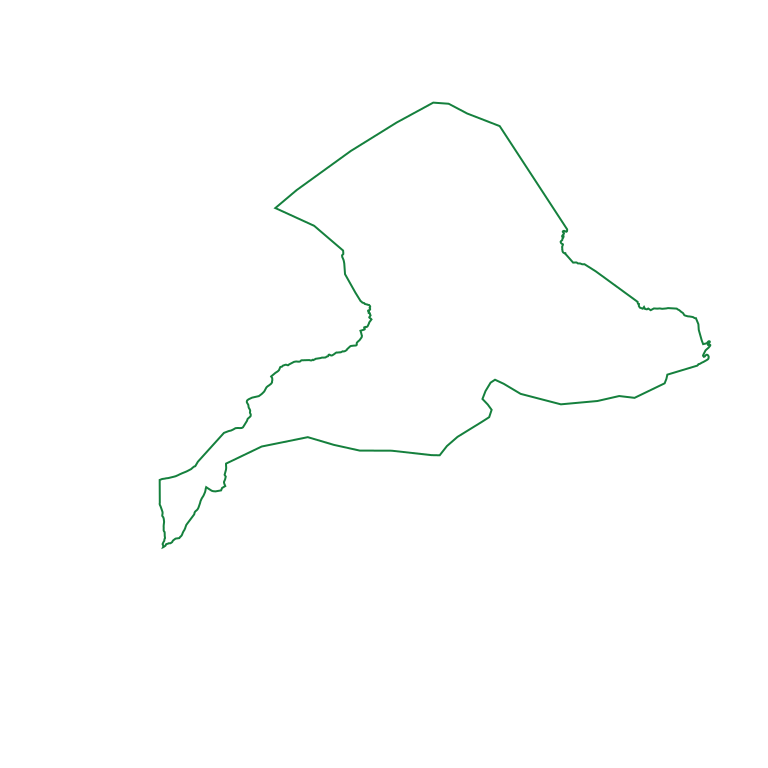 South Dayi, Volta, Ghana (Natural Earth projection), rotated 47°
{"feature_id": "2480657B27395942809935", "entity_name": "South Dayi", "entity_type": "district", "adm_level": 2, "iso_a3": "GHA", "parent_name": "Ghana", "parent_adm1": "Volta", "projection": "natural_earth1", "projection_center": [0.223, 6.546], "detail": "fine", "context": "isolated", "style": "outline", "palette": "green", "viewbox_px": 768, "rotation_deg": 47, "n_neighbors": 0, "source": "geoboundaries", "source_scale": "gbopen_adm2", "svg_char_len": 6129}
<svg xmlns="http://www.w3.org/2000/svg" viewBox="0 0 768 768"><g transform="rotate(47 384 384)"><path d="M578.0,118.8L577.7,118.8L577.5,119.1L577.4,119.7L577.0,120.1L576.7,120.4L576.2,120.3L575.9,120.0L575.6,119.6L575.4,119.1L575.5,119.0L575.7,118.3L575.5,117.1L575.3,116.9L574.9,116.8L574.5,117.0L574.2,117.4L574.1,117.9L574.3,120.3L572.5,123.4L568.8,121.9L559.1,116.9L554.7,113.3L548.6,111.0L548.3,111.4L547.6,111.9L546.0,112.3L544.9,113.0L542.6,114.8L541.8,115.6L539.3,117.1L538.8,117.3L538.2,117.4L536.5,117.0L535.6,117.0L534.2,117.4L531.4,117.7L529.8,118.3L528.5,118.5L522.2,124.5L521.2,126.1L518.7,129.3L516.8,130.8L515.3,132.7L512.8,135.1L511.9,138.6L509.0,139.3L508.7,140.8L507.1,141.9L505.0,141.3L505.4,143.4L502.6,144.8L500.7,144.4L499.4,143.0L498.6,143.5L497.4,143.0L496.9,142.5L446.0,152.3L433.1,155.7L432.3,156.7L431.6,157.4L429.7,158.3L428.0,160.0L426.7,160.2L426.1,160.6L424.2,162.9L413.8,162.6L412.7,162.7L412.3,162.2L412.0,162.1L411.4,162.8L410.9,163.0L410.3,163.2L409.7,163.2L408.9,163.0L408.2,162.6L407.6,162.0L407.1,161.9L406.7,161.5L406.4,161.1L405.8,160.6L405.3,160.4L405.1,160.1L404.4,158.6L404.2,158.4L404.0,158.0L403.5,157.9L403.0,158.2L402.2,158.4L401.4,158.3L400.5,157.9L400.2,156.8L400.3,156.2L400.3,155.5L399.8,154.9L399.3,154.1L399.4,153.9L399.3,153.5L398.8,152.3L398.5,152.0L398.0,151.7L397.8,153.1L397.3,152.9L397.2,152.5L396.8,150.7L396.8,149.9L396.0,149.4L394.8,149.5L394.4,149.2L394.4,148.4L394.9,147.8L395.4,147.6L395.8,147.3L396.5,147.1L397.0,146.8L397.1,146.2L396.9,145.7L395.8,144.6L274.3,123.5L242.9,138.7L223.1,145.6L211.8,156.1L201.4,196.4L190.9,249.5L182.6,315.7L181.2,343.5L220.7,327.2L258.5,322.9L260.3,324.3L261.2,325.2L261.3,326.9L262.6,327.9L265.7,329.0L267.1,329.8L268.8,330.9L277.1,337.6L297.6,342.6L307.6,344.6L308.2,344.3L309.8,344.3L311.1,343.4L311.7,343.3L312.2,343.5L314.0,342.4L314.5,342.0L315.1,341.8L316.1,341.0L317.0,341.1L317.6,341.1L318.2,341.5L318.5,342.6L319.4,342.8L319.7,343.0L320.0,343.3L320.1,343.8L320.0,344.2L319.5,345.2L319.5,345.6L319.7,345.8L319.9,345.9L320.5,345.5L320.8,345.6L321.0,345.8L321.4,346.7L321.6,346.8L321.9,346.7L322.3,346.2L322.6,346.1L323.7,346.8L324.4,346.9L324.7,347.1L325.0,348.9L325.3,349.4L325.7,349.4L326.1,349.3L327.3,349.1L328.2,349.1L328.9,352.9L329.3,353.4L330.0,355.1L330.6,356.7L330.5,357.6L330.3,357.9L330.1,358.3L329.6,358.6L329.1,359.9L329.5,360.3L330.7,360.5L330.8,361.0L330.7,361.4L329.0,364.9L331.3,366.0L332.7,366.8L333.8,367.3L334.2,368.0L334.6,368.5L335.3,372.2L335.2,373.0L335.2,374.5L335.3,375.7L335.7,376.3L336.6,377.0L336.8,377.3L336.7,378.3L335.5,379.7L333.6,382.3L333.4,383.0L333.4,387.3L333.7,388.2L333.6,388.7L333.4,389.9L333.1,390.6L332.8,391.1L332.4,391.6L332.0,391.8L331.9,392.0L331.4,393.8L331.3,394.1L330.7,394.6L330.3,395.4L329.7,395.9L329.3,396.6L328.6,397.2L328.4,397.7L328.1,400.5L327.7,402.4L327.3,403.0L326.6,403.5L325.5,403.8L325.1,404.1L324.9,404.6L325.4,405.5L325.5,405.9L325.4,406.4L324.8,407.3L324.8,408.2L324.7,408.6L324.5,409.0L322.3,411.5L321.7,412.8L318.9,416.9L318.8,418.0L318.5,418.5L318.4,419.3L317.6,419.7L317.4,420.8L316.9,421.4L316.3,421.9L315.7,422.2L315.4,422.5L310.3,428.3L310.3,430.0L309.9,430.7L309.3,431.4L307.7,432.8L307.2,433.5L306.4,434.8L306.3,435.2L304.9,440.3L305.0,441.1L304.7,441.5L304.4,441.8L303.5,442.2L303.0,442.6L302.7,443.0L301.6,445.5L301.7,446.9L300.9,448.1L300.9,448.4L302.2,451.2L302.3,452.5L302.2,453.6L301.8,455.8L301.5,461.4L303.4,461.7L305.0,463.0L305.7,464.1L306.4,464.7L306.8,466.1L306.8,466.8L306.6,469.0L306.3,470.7L306.3,472.3L307.8,476.7L307.9,479.1L307.9,480.4L307.5,483.8L304.0,489.8L302.8,493.6L302.7,495.3L303.1,496.1L303.7,496.7L304.5,497.0L306.4,497.4L306.9,497.6L308.4,498.7L309.2,499.1L311.0,499.5L312.0,499.9L312.5,500.3L313.3,501.4L314.0,501.8L315.1,502.1L315.7,502.5L316.2,503.1L316.5,503.5L316.6,504.4L316.5,507.4L317.3,509.0L317.5,509.3L319.5,516.7L319.1,518.1L318.0,519.4L316.3,521.1L315.0,522.8L314.5,525.1L313.7,527.6L312.5,529.7L310.6,534.4L313.9,573.1L315.4,578.1L315.1,578.6L314.9,579.1L314.7,580.9L314.7,583.0L313.5,587.4L313.0,588.9L311.6,592.5L311.0,594.3L310.9,594.5L310.1,597.2L309.9,597.8L309.7,598.2L309.4,599.3L309.1,599.6L309.0,600.0L305.7,605.9L304.3,607.8L303.8,608.7L302.2,611.0L301.6,612.5L301.2,613.5L318.1,629.1L318.7,629.9L319.9,630.5L321.0,630.8L325.1,632.6L326.6,633.3L327.2,633.8L327.8,634.4L328.7,635.6L329.2,636.1L330.4,636.3L331.0,636.3L332.5,637.1L334.9,638.9L337.0,641.4L338.2,642.6L338.5,642.8L340.7,644.9L341.5,645.3L342.0,645.4L342.5,645.4L343.0,645.7L343.7,646.3L345.6,648.0L347.3,649.2L347.5,649.6L347.7,650.3L348.8,651.6L349.3,653.3L350.0,655.0L350.4,655.3L351.0,655.4L351.9,655.9L352.3,656.2L352.7,657.0L352.8,656.7L353.2,654.2L353.1,653.7L352.6,652.9L352.6,652.5L352.9,651.9L353.5,650.8L353.5,650.4L353.7,650.0L354.7,649.0L354.9,648.4L355.1,647.1L355.1,646.6L354.7,645.6L354.6,644.8L354.9,642.0L355.1,641.6L357.1,638.8L356.8,637.1L356.9,636.7L356.8,635.5L356.5,634.5L355.5,632.5L354.9,630.8L354.6,629.5L354.3,628.9L354.0,628.0L353.4,627.0L352.2,624.6L349.9,611.7L348.8,610.1L348.6,609.4L348.5,608.8L348.6,606.7L348.5,605.8L348.2,604.8L347.9,604.0L345.6,599.7L344.5,598.0L344.1,597.0L343.4,595.4L342.6,592.3L342.2,591.3L341.0,588.6L340.1,587.2L338.7,585.4L338.5,584.9L338.2,584.4L339.9,584.0L344.6,582.8L345.8,582.1L347.6,580.5L350.7,575.7L349.6,573.3L350.4,569.7L348.0,568.8L346.8,568.1L346.5,567.8L345.4,565.3L343.8,562.9L341.7,562.5L339.1,558.3L338.4,557.4L337.6,556.5L335.4,554.7L334.5,553.8L346.3,516.1L370.9,476.0L394.3,462.2L416.1,447.2L438.0,423.9L468.4,397.8L474.1,391.9L472.3,380.3L472.8,366.3L478.5,337.9L480.0,329.7L476.3,322.9L469.8,322.1L462.1,322.2L458.4,314.6L455.7,305.1L456.6,299.9L465.5,296.3L484.4,290.8L519.5,268.5L542.0,239.5L553.2,220.2L565.0,210.2L574.9,178.3L572.8,173.9L570.4,170.4L584.2,142.4L584.2,141.2L584.0,140.9L584.0,140.4L584.5,139.7L584.8,138.7L585.1,137.2L585.7,135.4L586.4,132.5L586.7,131.1L586.8,130.2L586.7,129.4L585.6,128.0L585.0,127.7L583.5,127.5L582.8,127.9L582.5,128.3L582.4,129.4L582.6,130.6L582.3,131.5L581.4,131.5L580.8,131.3L580.3,130.3L578.7,125.9L578.7,124.5L578.8,121.7L578.4,119.2L578.0,118.8Z" fill="none" stroke="#15803d" stroke-width="2"/></g></svg>